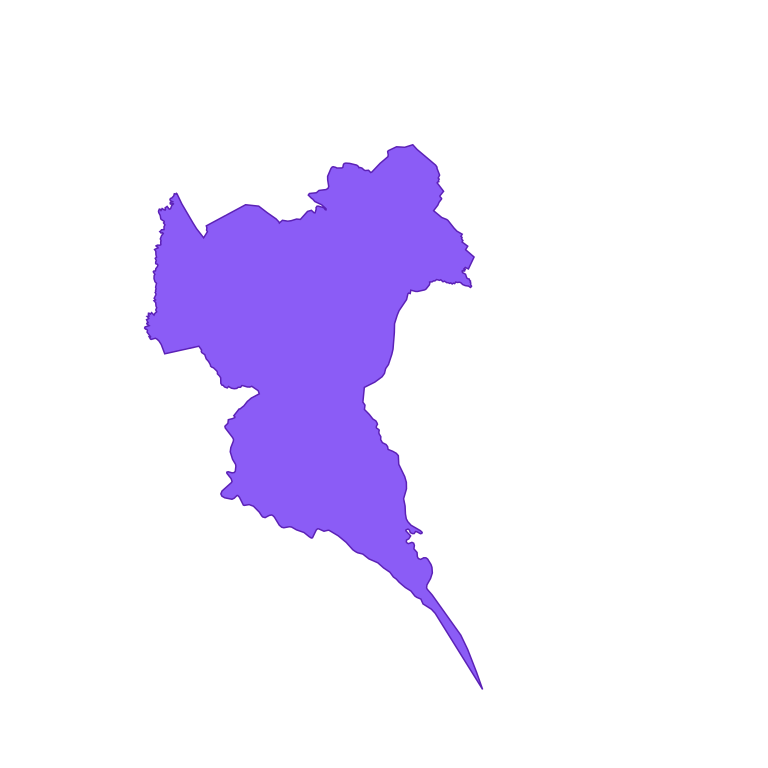 the district of Bang Klam, Songkhla, Thailand, rotated 134°
{"feature_id": "78962969B50484514346142", "entity_name": "Bang Klam", "entity_type": "district", "adm_level": 2, "iso_a3": "THA", "parent_name": "Thailand", "parent_adm1": "Songkhla", "projection": "equal_earth", "projection_center": [100.407, 7.09], "detail": "fine", "context": "isolated", "style": "filled", "palette": "violet", "viewbox_px": 768, "rotation_deg": 134, "n_neighbors": 0, "source": "geoboundaries", "source_scale": "gbopen_adm2", "svg_char_len": 6171}
<svg xmlns="http://www.w3.org/2000/svg" viewBox="0 0 768 768"><g transform="rotate(134 384 384)"><path d="M191.9,529.5L199.3,533.5L204.7,539.8L213.2,543.0L214.3,542.8L216.2,540.2L217.7,539.1L227.9,540.1L239.9,540.0L241.1,540.4L241.0,543.6L243.6,545.9L243.9,547.0L244.0,549.9L245.0,551.8L245.8,552.2L245.3,553.7L245.5,555.7L249.1,561.9L251.6,564.9L253.0,565.8L254.2,565.7L256.8,564.1L257.9,564.4L261.4,568.0L261.7,569.2L263.0,571.5L263.9,572.0L265.7,571.9L273.8,568.8L276.3,566.3L280.3,561.0L282.1,560.2L284.3,560.7L289.9,565.2L293.4,565.5L298.8,570.0L300.7,569.7L300.8,564.9L300.5,564.0L300.8,560.5L298.4,553.4L298.2,547.5L298.9,546.7L299.4,547.2L299.0,549.7L301.6,554.7L302.6,555.7L304.4,555.4L305.3,554.3L308.7,552.5L309.4,553.2L309.5,556.9L313.0,558.9L323.7,558.5L326.1,561.5L331.0,564.2L333.7,566.3L336.8,570.8L340.9,571.1L340.4,572.2L340.2,576.3L341.9,587.0L343.1,597.7L351.2,608.1L393.7,621.7L394.7,619.9L396.6,618.5L397.1,616.8L404.1,615.3L402.5,626.7L400.8,633.4L394.9,654.5L391.0,665.0L391.1,665.7L391.7,665.4L392.8,667.0L394.8,665.9L397.7,665.9L398.9,666.5L399.9,666.2L400.5,665.1L399.8,662.9L401.9,663.8L402.9,663.0L402.7,662.3L400.6,661.2L400.7,660.6L402.9,660.7L406.2,659.3L407.4,659.9L406.9,663.4L409.4,663.8L410.3,662.4L410.9,662.2L411.4,663.0L411.9,665.5L414.1,665.0L413.8,666.6L414.3,667.1L416.3,666.3L417.2,665.1L418.2,662.1L420.2,659.4L420.4,658.6L419.7,655.2L420.1,654.6L421.3,654.5L421.7,652.1L423.6,651.6L425.7,649.5L427.6,651.2L429.1,650.9L430.1,651.2L430.3,649.2L429.0,648.4L429.1,647.3L431.7,647.1L435.0,645.7L435.9,643.8L436.9,643.4L438.8,641.3L439.8,641.6L441.3,643.3L442.9,644.0L443.2,643.5L442.7,641.9L443.0,641.1L446.6,642.5L447.1,640.3L449.4,637.9L450.8,635.7L452.5,635.9L453.5,633.4L454.7,633.1L455.9,632.0L456.0,631.4L455.3,630.3L455.5,629.3L456.8,628.6L459.5,628.3L461.4,627.0L462.8,628.1L463.6,627.9L464.3,625.0L465.8,624.6L468.0,622.6L469.5,619.8L469.6,617.6L473.1,615.5L473.9,614.0L475.2,613.5L475.9,612.5L477.2,612.2L477.5,610.8L478.2,610.1L482.0,608.9L482.2,606.8L483.9,607.4L484.1,604.7L486.3,602.2L487.0,600.5L489.3,599.6L490.0,597.7L492.3,597.9L494.2,597.3L494.1,600.8L496.0,600.7L496.3,602.3L496.7,602.6L497.7,601.8L498.3,600.3L500.0,601.4L500.0,599.4L500.3,598.7L502.7,599.5L503.8,596.3L504.9,596.8L505.5,596.5L505.2,593.5L508.9,595.5L510.0,595.1L510.2,593.7L509.6,592.8L509.6,591.5L511.3,590.4L512.2,584.7L512.6,584.6L513.2,585.6L513.9,583.2L513.7,582.5L509.9,580.2L509.4,578.4L509.4,575.6L510.4,571.5L514.6,562.7L485.4,543.4L486.3,538.8L487.4,538.2L488.0,537.0L487.4,533.3L489.4,529.4L489.7,525.8L490.8,522.2L491.6,521.2L491.5,519.6L490.8,517.9L490.8,513.2L491.3,511.9L492.4,510.9L492.5,507.9L493.0,505.8L496.9,501.8L497.4,499.7L496.7,498.8L496.9,496.7L495.7,494.0L493.8,494.1L493.0,490.8L491.4,488.4L489.4,486.8L487.8,486.7L485.9,484.9L484.0,485.2L483.3,484.5L481.1,480.3L479.4,478.4L477.5,477.5L476.2,469.9L477.7,466.9L486.3,469.7L491.5,470.2L497.0,469.6L502.1,470.3L502.6,470.9L511.2,470.0L511.1,468.7L511.8,468.0L514.3,469.0L517.8,471.2L520.7,469.0L524.9,469.1L525.9,467.7L527.7,455.8L528.3,453.9L529.7,452.7L536.2,450.0L539.6,447.5L543.4,440.6L544.9,435.0L546.0,433.5L550.0,430.4L551.6,430.2L553.4,431.5L555.4,435.2L556.7,435.8L557.4,434.9L558.3,428.2L559.7,425.6L560.9,425.3L573.5,426.2L576.4,425.0L577.3,422.7L576.5,419.5L572.5,413.3L570.2,412.4L566.4,412.3L565.8,411.8L565.9,409.3L568.8,401.1L568.4,400.2L564.4,397.2L562.6,393.0L562.8,384.7L563.8,380.5L563.9,378.9L562.7,376.7L558.4,375.3L556.4,374.0L555.9,372.8L555.9,370.4L558.3,361.3L558.1,358.1L557.0,356.2L552.4,352.9L551.1,351.1L549.7,345.6L546.4,338.4L545.8,331.7L545.3,329.3L544.3,328.6L536.1,331.3L534.4,331.2L533.6,330.4L531.6,324.9L528.0,322.6L527.4,321.8L525.0,311.5L524.2,301.2L524.9,291.3L524.4,288.1L523.7,285.7L521.1,281.2L520.3,273.4L516.9,264.2L516.6,256.5L515.3,249.0L516.3,243.2L515.8,239.7L516.1,235.2L515.6,227.3L514.2,220.9L515.1,214.5L514.7,212.2L513.1,208.1L515.1,203.1L513.1,193.5L513.4,187.9L535.2,100.9L527.0,117.3L516.8,139.5L511.3,154.3L502.3,202.7L501.6,210.3L501.1,211.7L498.8,213.5L491.6,215.4L486.3,218.0L482.6,222.1L481.2,224.8L479.6,231.0L479.9,233.1L481.4,234.7L484.7,235.8L485.7,238.0L485.0,240.1L482.2,243.2L481.8,248.0L479.0,250.0L477.9,252.1L478.5,253.9L481.8,255.5L482.3,256.6L482.1,258.3L480.6,259.4L478.2,258.6L474.8,259.3L474.4,266.4L473.8,266.8L472.0,266.2L471.4,265.3L471.5,264.2L472.6,261.8L471.8,259.5L470.6,258.4L468.2,258.8L467.4,257.5L466.4,253.8L465.2,253.0L464.2,253.5L464.2,255.9L466.8,266.4L466.5,271.2L465.5,274.3L462.6,278.3L457.1,284.1L452.9,290.2L443.8,295.0L439.2,299.6L436.2,304.8L431.5,317.6L425.6,323.9L425.3,327.0L426.3,330.9L428.2,335.6L426.5,338.0L426.1,340.5L427.3,344.4L426.3,347.8L424.1,349.7L423.2,353.0L422.3,354.2L420.5,355.4L420.4,356.4L420.9,358.5L420.7,359.2L419.6,360.2L417.5,360.7L416.8,362.1L416.2,364.3L416.9,367.7L416.1,373.5L415.9,380.4L412.4,383.0L411.7,386.6L400.1,395.8L389.0,391.9L380.1,390.4L376.1,391.0L371.8,393.5L366.9,394.3L357.2,399.0L352.7,401.7L339.9,412.2L333.3,418.3L325.1,422.4L320.7,424.1L307.6,426.4L302.6,429.4L301.6,429.5L300.7,428.0L297.9,429.9L295.4,425.5L294.1,424.1L288.0,420.1L286.5,419.7L281.3,420.2L280.0,420.8L279.0,422.0L277.0,420.3L275.4,420.0L274.5,419.0L272.3,418.7L270.8,416.0L269.6,415.6L269.5,412.6L268.0,411.9L267.5,409.2L266.6,408.3L266.0,406.6L264.9,406.2L264.7,404.4L263.3,404.2L262.7,402.9L260.8,403.2L260.0,401.7L258.4,400.5L257.8,399.2L257.8,396.5L256.8,393.9L254.8,391.1L254.5,388.9L253.1,388.8L252.7,389.2L252.4,390.7L251.0,391.8L250.8,392.9L249.9,393.2L249.9,394.5L249.3,395.6L250.0,396.8L250.2,398.2L248.4,401.6L249.3,404.9L248.5,406.2L247.6,405.6L247.3,406.6L247.3,405.0L246.8,404.6L245.8,406.0L245.4,404.4L244.9,406.4L243.7,406.5L242.6,403.2L230.1,407.4L230.7,418.6L226.7,419.5L227.6,426.4L225.9,427.0L226.0,428.3L225.6,428.5L225.5,429.3L224.3,429.7L224.4,431.2L221.9,431.8L223.4,437.7L223.2,442.0L221.9,451.6L222.1,453.2L224.1,458.1L224.9,468.7L218.0,469.5L215.1,470.6L211.0,471.1L210.5,471.5L210.3,473.9L209.8,474.5L204.0,475.0L202.4,485.5L201.5,485.7L200.4,485.1L199.5,486.4L198.3,486.6L198.2,488.1L195.1,489.1L192.0,495.8L191.2,496.5L190.7,498.9L192.3,523.1L191.9,529.5Z" fill="#8b5cf6" stroke="#5b21b6" stroke-width="1.5"/></g></svg>